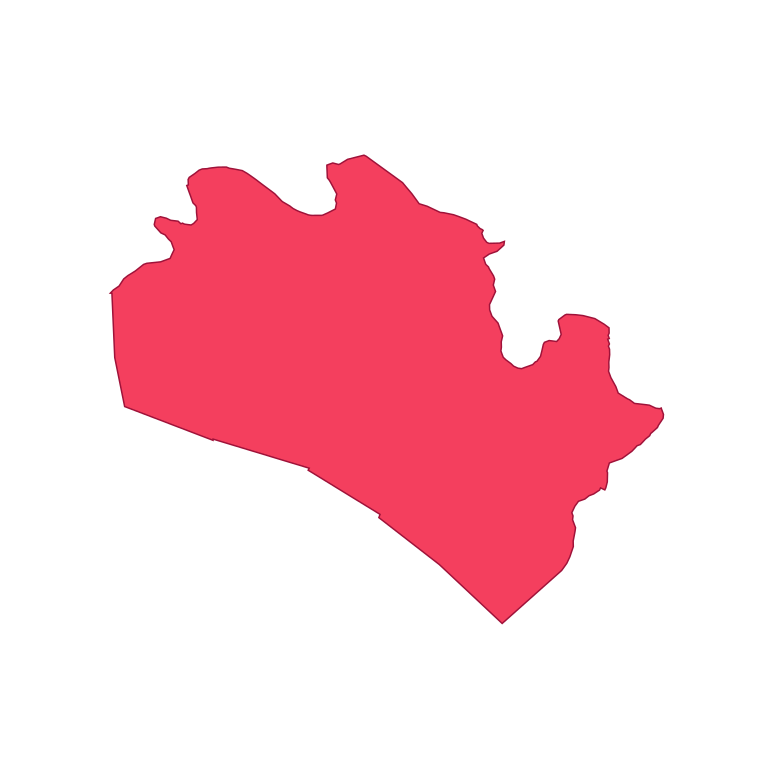 the district of Guhayna Al-Gharbiyya, Suhaj, Egypt, rotated 339°
{"feature_id": "37247803B67659065091710", "entity_name": "Guhayna Al-Gharbiyya", "entity_type": "district", "adm_level": 2, "iso_a3": "EGY", "parent_name": "Egypt", "parent_adm1": "Suhaj", "projection": "mercator", "projection_center": [31.495, 26.688], "detail": "fine", "context": "isolated", "style": "filled", "palette": "rose", "viewbox_px": 768, "rotation_deg": 339, "n_neighbors": 0, "source": "geoboundaries", "source_scale": "gbopen_adm2", "svg_char_len": 3363}
<svg xmlns="http://www.w3.org/2000/svg" viewBox="0 0 768 768"><g transform="rotate(339 384 384)"><path d="M531.6,276.1L531.0,275.0L529.4,273.3L527.8,269.9L527.8,268.2L526.1,266.4L522.8,263.0L521.2,261.3L519.5,259.5L513.5,254.2L509.6,250.9L501.3,245.6L497.9,243.9L488.0,233.5L483.3,229.8L481.4,228.3L479.2,220.1L478.2,216.4L475.2,207.8L473.5,202.7L453.6,172.1L449.0,165.0L447.3,163.2L430.5,161.2L422.0,162.8L420.3,162.8L415.4,159.3L411.6,159.2L409.1,159.2L408.5,160.8L406.8,165.9L405.0,171.2L405.9,174.0L406.3,176.2L407.0,181.5L408.0,189.7L404.5,194.7L404.5,198.1L401.3,203.2L392.7,204.1L388.9,204.3L387.5,204.4L386.2,204.2L377.5,200.9L376.3,200.4L373.8,198.9L372.3,197.5L367.5,193.4L364.9,190.9L362.1,187.7L360.6,185.3L359.9,184.1L355.4,178.5L354.7,177.6L354.1,176.6L350.2,167.3L345.0,159.0L344.1,157.6L341.2,153.0L338.0,147.8L336.6,145.6L331.9,138.6L331.2,137.7L328.2,134.0L323.1,130.8L319.8,128.8L317.0,127.2L314.6,125.0L311.4,123.8L307.6,122.4L306.4,122.0L299.9,120.3L298.1,119.9L296.1,119.6L291.4,118.1L288.0,118.1L282.9,119.7L276.2,121.3L274.4,122.9L272.7,128.0L271.0,128.0L270.8,136.5L270.8,138.1L270.6,144.9L270.6,146.6L272.2,150.1L272.2,151.8L270.4,156.8L268.6,163.6L263.8,165.9L260.9,166.4L258.4,165.1L255.1,163.3L253.5,161.6L251.8,161.6L250.1,158.2L243.5,154.7L240.2,151.2L235.2,147.7L232.6,147.7L230.1,147.6L226.7,152.7L226.6,154.4L229.8,162.9L233.1,166.4L234.7,171.5L236.3,174.9L236.2,180.0L236.2,183.4L232.7,186.7L229.3,190.1L225.9,190.0L224.2,190.0L219.2,189.9L212.5,188.1L205.8,186.3L202.4,186.2L197.3,187.8L192.2,189.4L183.8,191.0L178.7,192.6L171.8,197.6L165.1,199.2L161.1,201.1L162.5,201.8L142.1,262.8L133.8,312.1L204.2,375.3L204.7,374.2L284.0,435.8L282.3,437.3L333.6,504.3L331.3,506.9L370.9,572.3L408.5,649.9L483.1,621.7L490.4,616.9L495.6,611.9L502.5,603.6L504.3,598.5L509.5,590.1L511.3,586.8L511.4,578.3L513.2,574.9L513.2,571.5L518.4,566.5L523.5,563.2L530.3,563.4L535.3,561.8L540.4,561.8L544.4,560.9L547.2,560.3L548.9,558.6L552.2,562.0L553.9,560.4L557.4,555.4L560.9,546.9L560.9,545.2L566.1,538.5L571.9,538.6L579.6,538.8L591.4,535.6L594.8,534.0L598.2,532.3L601.6,532.4L605.0,530.8L608.4,529.1L613.5,527.5L615.2,525.8L617.5,525.0L623.7,522.6L625.4,520.9L632.3,516.0L634.0,512.6L634.1,509.2L634.1,506.9L634.2,505.8L632.5,505.8L629.1,504.0L625.8,500.6L624.2,498.9L620.9,497.1L614.2,493.6L610.9,491.9L607.6,486.7L605.9,485.0L599.4,476.4L599.5,469.6L598.1,459.4L598.2,452.6L599.9,449.3L601.7,444.2L602.9,441.9L603.7,440.4L605.2,437.5L607.0,432.4L607.1,429.0L608.8,427.4L608.9,422.3L610.6,422.3L610.7,418.9L612.4,417.2L614.2,412.2L610.9,407.0L604.3,398.5L594.4,391.5L591.0,389.7L587.7,388.0L579.4,384.4L577.7,384.4L570.3,386.5L569.2,387.6L567.2,401.2L563.8,404.5L560.4,406.2L557.1,404.4L553.7,402.6L548.7,402.6L546.9,404.2L543.5,409.3L540.0,414.3L534.9,417.6L533.2,417.6L529.8,419.2L524.7,419.1L521.4,419.0L518.0,419.0L514.7,417.2L511.4,413.8L509.8,410.4L506.5,405.2L504.9,401.8L504.9,398.4L505.0,395.0L506.8,391.7L508.6,386.6L512.0,381.6L512.1,378.2L512.1,376.5L512.2,371.4L512.3,368.0L509.1,359.5L509.1,357.8L509.2,352.7L511.0,347.6L512.7,346.0L516.2,342.6L521.3,337.6L521.5,330.8L524.9,325.8L525.0,322.4L523.5,313.9L523.5,312.2L521.9,308.8L521.9,307.1L522.1,302.0L528.8,300.4L537.2,300.6L545.7,297.3L547.5,294.0L542.4,293.9L532.4,290.3L530.7,288.6L529.2,283.5L529.3,278.4L531.6,276.1Z" fill="#f43f5e" stroke="#9f1239" stroke-width="1.5"/></g></svg>